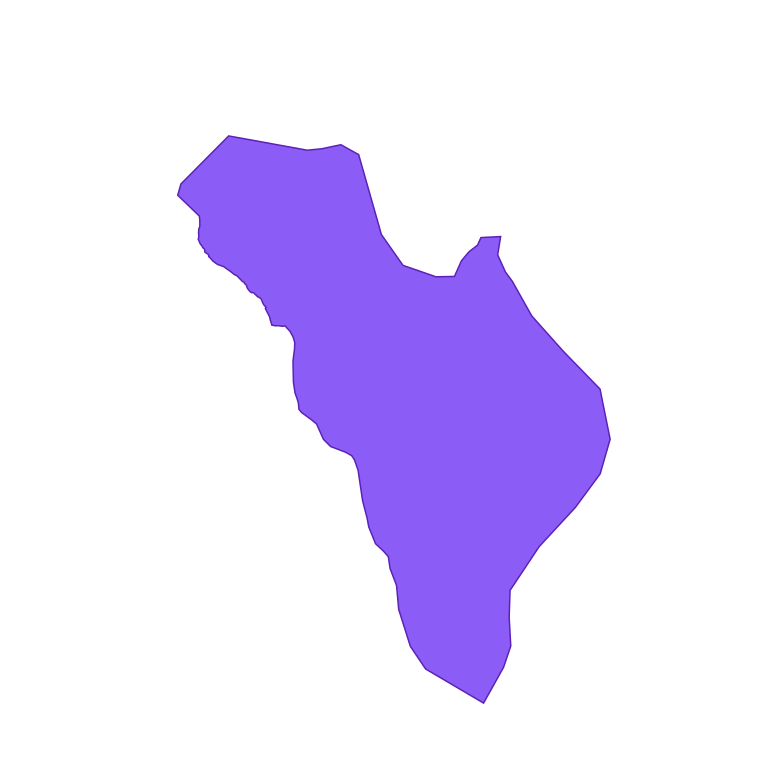 Orolu, Osun, Nigeria, rotated 131°
{"feature_id": "59680162B59567965419701", "entity_name": "Orolu", "entity_type": "district", "adm_level": 2, "iso_a3": "NGA", "parent_name": "Nigeria", "parent_adm1": "Osun", "projection": "robinson", "projection_center": [4.479, 7.891], "detail": "fine", "context": "isolated", "style": "filled", "palette": "violet", "viewbox_px": 768, "rotation_deg": 131, "n_neighbors": 0, "source": "geoboundaries", "source_scale": "gbopen_adm2", "svg_char_len": 1634}
<svg xmlns="http://www.w3.org/2000/svg" viewBox="0 0 768 768"><g transform="rotate(131 384 384)"><path d="M196.2,392.7L209.9,406.9L217.8,404.5L228.4,406.6L240.2,406.4L256.6,401.4L269.0,415.1L270.6,419.1L282.0,447.5L272.9,484.0L227.5,553.6L231.7,573.5L247.5,585.5L257.9,595.3L298.7,664.0L366.3,668.5L376.9,663.5L378.4,633.6L381.0,630.7L385.9,626.4L388.7,625.4L392.0,622.8L394.2,620.5L396.6,619.2L398.8,614.6L399.2,612.4L399.5,611.1L400.0,610.4L399.9,608.3L400.2,607.6L401.0,606.8L402.0,605.6L401.5,602.0L401.9,600.8L402.9,599.7L402.9,597.7L403.5,593.5L403.0,588.1L400.5,581.7L400.4,579.3L399.8,574.3L399.6,568.9L398.8,565.8L399.5,558.1L399.0,556.5L399.6,555.2L399.7,552.8L401.3,550.1L401.7,548.4L402.1,546.3L402.0,543.8L400.7,542.7L400.5,541.6L400.9,540.9L400.9,540.3L400.8,539.2L401.0,538.0L401.0,536.6L400.3,533.3L400.5,532.5L403.0,527.1L403.6,523.3L404.9,523.1L408.3,514.6L410.7,511.2L411.7,509.5L413.2,507.1L412.0,505.5L411.6,504.5L409.2,501.8L407.1,498.5L404.9,496.6L405.4,494.5L405.9,489.6L408.0,483.8L411.2,478.6L416.3,474.5L426.3,467.8L441.9,453.7L449.1,445.3L451.8,440.5L454.4,436.3L458.9,431.6L459.6,427.2L458.6,415.7L458.4,408.7L465.5,393.4L466.2,383.2L460.7,368.2L459.3,361.3L460.6,356.6L466.0,347.1L486.2,323.5L496.2,308.9L501.9,301.7L510.1,285.6L510.5,274.6L511.5,267.4L519.2,258.5L527.8,242.4L544.5,225.0L564.7,192.0L571.8,165.6L559.5,99.5L519.4,107.9L498.6,116.4L477.8,136.6L457.0,153.5L437.5,156.0L405.0,160.2L351.6,158.6L310.0,161.9L277.3,177.1L269.0,187.9L253.3,208.3L246.1,217.6L241.7,269.9L235.7,317.1L222.4,354.2L219.8,365.8L212.0,382.9L196.2,392.7Z" fill="#8b5cf6" stroke="#5b21b6" stroke-width="1.5"/></g></svg>